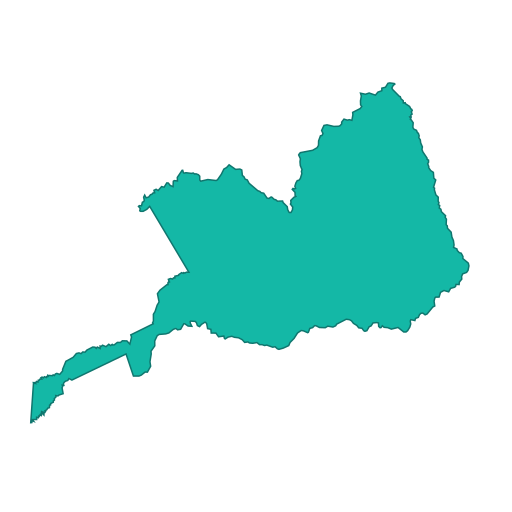 outline of Mocoa, Putumayo, Colombia, rotated 94°
{"feature_id": "7082276B56868740164332", "entity_name": "Mocoa", "entity_type": "district", "adm_level": 2, "iso_a3": "COL", "parent_name": "Colombia", "parent_adm1": "Putumayo", "projection": "albers", "projection_center": [-76.661, 1.168], "detail": "fine", "context": "isolated", "style": "filled", "palette": "teal", "viewbox_px": 512, "rotation_deg": 94, "n_neighbors": 0, "source": "geoboundaries", "source_scale": "gbopen_adm2", "svg_char_len": 6062}
<svg xmlns="http://www.w3.org/2000/svg" viewBox="0 0 512 512"><g transform="rotate(94 256 256)"><path d="M325.9,317.1L325.5,316.5L325.5,312.0L326.7,310.8L329.5,309.6L330.4,307.4L328.0,305.6L325.7,302.5L325.7,301.7L326.9,300.5L331.8,299.2L332.3,295.9L336.0,295.3L335.7,290.6L339.2,287.7L338.1,282.5L340.3,281.8L340.9,281.0L338.8,278.1L337.8,274.5L338.6,271.9L338.8,267.7L340.5,263.8L343.0,261.3L342.3,258.1L343.2,256.5L343.3,253.2L342.3,249.0L344.2,246.3L344.0,243.7L344.7,241.2L344.1,239.1L345.8,233.0L345.2,230.6L347.1,228.2L347.5,226.6L346.0,222.4L343.1,217.1L339.9,216.0L335.6,212.3L329.9,209.2L327.2,205.8L327.3,203.6L328.9,199.1L328.4,198.4L324.5,197.3L323.5,194.5L321.4,192.7L321.4,191.2L322.9,187.7L322.7,181.9L321.0,179.5L321.5,174.3L320.1,171.7L318.3,170.7L312.8,161.6L313.0,158.3L314.0,156.2L316.4,154.1L318.2,150.6L320.5,148.5L320.7,145.2L323.0,143.3L323.5,142.1L322.8,140.2L318.7,138.2L317.7,136.3L314.6,134.6L314.0,131.0L314.2,129.2L317.7,128.7L318.9,127.3L318.7,126.3L316.8,125.1L318.2,123.3L318.3,119.5L319.5,115.9L317.4,109.3L321.5,103.3L321.3,101.0L319.9,99.5L316.2,97.6L313.0,96.9L310.2,97.6L308.7,97.1L309.3,93.0L307.1,92.5L305.9,89.8L303.1,88.8L301.6,87.4L301.3,85.6L302.9,83.2L301.9,81.3L294.6,76.1L293.4,74.2L288.7,75.2L285.5,74.7L284.5,74.0L284.2,70.5L279.4,69.4L277.3,66.1L278.3,61.3L274.7,59.6L273.3,55.7L272.4,54.8L270.4,54.5L270.3,51.4L267.8,51.3L264.7,49.1L262.1,49.5L259.4,48.6L257.7,44.8L255.6,43.5L251.0,42.9L248.3,43.7L244.1,49.5L242.1,49.5L238.9,51.5L238.5,53.4L236.5,55.6L234.9,56.1L233.7,59.5L231.2,59.2L226.9,60.1L223.4,61.9L218.6,63.0L215.0,66.9L212.6,67.3L211.5,68.5L206.0,68.6L204.2,70.0L202.6,69.7L198.8,74.2L196.5,74.8L195.4,76.5L192.8,76.3L192.0,77.7L190.0,77.2L188.7,78.1L184.6,78.3L182.5,80.8L177.5,82.7L175.9,82.6L175.1,83.7L167.6,82.0L166.0,84.0L160.2,84.9L158.6,87.7L155.8,89.9L154.6,89.9L152.0,91.2L150.4,90.4L148.3,90.6L147.6,92.1L146.4,92.2L140.5,96.8L138.0,97.9L135.6,97.6L131.7,99.6L128.7,100.2L126.5,101.9L124.8,101.6L122.2,102.6L121.7,103.6L119.4,104.7L118.5,107.3L116.8,108.5L112.1,108.5L109.3,110.7L109.0,111.5L107.0,111.0L107.2,111.8L106.5,112.4L105.9,111.2L104.6,111.4L103.6,110.2L101.2,111.1L100.1,110.3L98.9,110.8L98.3,111.9L96.1,113.2L93.4,117.9L92.7,117.9L93.0,119.7L90.8,120.0L89.1,122.3L87.0,123.2L86.6,124.3L80.5,131.2L79.0,132.2L76.4,131.1L74.8,129.5L74.3,130.1L74.0,134.6L74.5,136.4L78.6,138.6L79.8,142.2L82.3,142.0L84.0,145.8L87.2,148.1L85.5,154.5L87.0,158.1L86.3,163.1L89.1,162.1L94.0,162.6L97.9,162.2L99.5,160.9L101.6,162.3L106.0,169.6L108.3,169.2L114.0,169.8L113.5,172.3L114.1,174.4L113.3,177.8L116.5,179.9L118.2,179.7L120.2,181.3L120.8,182.7L121.3,187.4L120.2,194.3L121.0,197.3L126.2,199.3L129.2,197.7L131.2,198.6L131.6,200.1L136.8,201.6L141.3,201.4L143.7,202.6L146.6,206.9L149.8,219.0L151.3,220.1L152.2,220.5L155.9,218.5L158.9,218.7L162.7,218.1L166.7,216.1L168.4,216.6L170.6,216.0L175.6,217.2L177.5,218.5L177.9,220.1L180.3,221.3L183.7,222.1L185.8,221.2L186.4,222.3L186.0,223.8L187.0,224.5L189.8,221.5L193.0,221.2L193.8,220.4L194.7,222.2L198.1,225.2L200.5,224.8L201.8,225.3L204.6,222.8L207.6,222.9L210.2,224.2L210.3,225.8L209.6,226.4L207.6,227.6L204.6,228.3L200.8,232.7L199.3,233.3L199.8,238.4L198.5,240.2L198.3,241.7L196.1,244.5L196.3,245.5L197.7,247.0L197.5,249.0L192.8,252.7L192.5,255.3L191.3,256.7L190.7,258.8L183.9,268.0L180.7,270.0L180.1,272.2L177.8,273.5L176.6,275.2L171.2,276.2L170.4,278.1L171.0,282.4L166.9,289.2L169.8,291.5L171.5,294.1L176.9,296.3L182.6,299.7L183.5,301.0L183.1,309.4L185.2,316.4L184.1,317.4L180.3,317.7L178.9,319.2L178.2,321.6L178.5,322.9L177.6,324.4L178.1,326.2L177.8,331.7L178.3,333.4L178.0,334.2L175.6,335.1L175.7,335.7L183.1,340.0L186.6,339.6L186.5,342.8L187.2,343.7L192.6,343.6L191.6,346.5L189.3,348.6L189.3,350.1L193.8,352.5L193.3,355.0L197.5,358.2L196.4,360.3L197.6,362.4L200.0,361.5L200.3,363.1L201.7,364.2L202.2,365.5L204.7,367.2L205.6,369.7L203.0,371.3L205.2,372.2L208.2,371.3L209.5,371.8L210.3,373.1L213.9,373.7L213.9,375.9L214.7,376.7L216.7,374.8L219.0,375.1L219.5,374.2L219.3,371.7L217.1,368.2L213.9,365.5L276.9,321.8L277.0,324.3L278.0,325.8L277.6,326.9L278.4,327.4L277.8,329.0L279.9,331.7L280.7,331.9L281.8,335.5L283.5,335.4L283.6,336.8L284.8,337.6L284.4,339.7L285.4,341.8L287.2,341.0L287.7,341.3L288.0,340.7L288.9,342.0L290.7,341.8L290.8,342.8L296.8,349.4L300.5,351.7L308.6,349.5L312.0,351.2L318.4,352.8L321.3,354.3L328.1,353.8L329.9,354.5L330.8,353.8L343.4,375.4L345.5,374.5L352.7,375.7L349.7,378.9L349.9,383.4L351.7,385.2L351.9,388.3L354.5,391.2L354.8,392.8L354.2,393.3L355.5,394.7L354.3,396.7L356.9,399.3L355.7,402.9L357.0,404.1L356.7,405.2L359.1,405.0L357.9,408.0L359.3,408.9L358.2,410.2L358.2,412.5L361.6,418.1L363.9,419.9L363.8,422.1L365.6,423.7L365.0,425.8L365.8,428.4L369.8,431.3L374.3,438.3L382.5,441.0L384.2,440.9L387.8,443.6L387.0,446.5L387.7,447.9L389.3,448.8L388.7,450.1L389.6,450.6L389.6,454.4L390.3,454.8L389.7,455.4L390.9,455.6L390.9,456.5L391.8,456.7L391.2,458.7L392.4,459.6L391.7,461.0L392.5,462.1L393.7,461.2L393.9,463.0L395.1,463.6L395.1,464.5L397.0,464.7L396.5,466.3L397.7,466.8L397.8,468.6L398.5,467.6L398.4,469.1L438.0,469.1L437.8,468.0L435.9,468.0L436.4,466.3L434.8,467.7L434.4,463.4L432.2,463.6L432.8,461.4L432.3,462.0L431.4,461.2L430.5,462.1L430.8,461.1L429.8,460.4L430.2,459.0L429.4,458.9L428.9,459.9L428.3,459.2L426.8,459.1L427.7,458.4L427.3,457.5L428.5,457.5L429.4,456.5L427.2,456.6L426.6,457.2L426.9,455.8L425.7,455.1L425.1,455.7L424.1,454.1L422.3,453.1L421.7,451.5L419.1,451.5L418.9,450.5L417.5,450.5L416.0,448.0L414.7,448.1L413.7,447.0L412.4,447.3L410.5,445.7L409.2,446.0L409.4,443.8L408.4,442.8L406.8,438.8L400.9,440.3L399.5,439.7L398.4,440.3L398.4,438.7L397.1,439.2L395.7,438.8L394.2,437.4L393.3,435.1L391.3,434.1L392.6,431.0L362.8,378.8L384.3,369.9L383.9,364.3L382.8,362.1L379.5,358.5L379.4,356.2L373.3,353.4L368.9,354.4L361.0,353.7L358.3,354.1L352.7,350.7L347.8,351.1L342.4,349.0L341.0,347.2L340.0,340.6L338.8,337.5L335.2,333.7L334.1,331.7L334.0,330.6L335.1,329.1L334.4,326.1L328.6,323.3L328.6,322.3L330.6,318.9L330.6,315.1L327.5,316.9L325.9,317.1Z" fill="#14b8a6" stroke="#0f766e" stroke-width="1.5"/></g></svg>